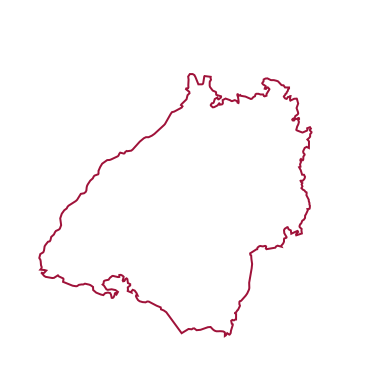 SVG path tracing the border of Baden-Württemberg, rotated 22°
{"feature_id": "DEU-1573", "entity_name": "Baden-Württemberg", "entity_type": "State", "adm_level": 1, "iso_a3": "DEU", "parent_name": "Germany", "parent_adm1": "", "projection": "mercator", "projection_center": [9.433, 48.664], "detail": "fine", "context": "isolated", "style": "outline", "palette": "rose", "viewbox_px": 384, "rotation_deg": 22, "n_neighbors": 0, "source": "natural_earth", "source_scale": "10m", "svg_char_len": 5950}
<svg xmlns="http://www.w3.org/2000/svg" viewBox="0 0 384 384"><g transform="rotate(22 192 192)"><path d="M235.3,326.8L213.2,313.1L210.2,312.4L207.2,312.4L206.2,310.7L201.8,310.7L193.0,309.8L191.5,310.3L190.3,311.7L187.4,312.6L184.3,312.9L182.4,312.4L180.1,310.7L179.0,309.5L179.0,308.7L180.4,308.4L178.4,306.5L175.8,304.9L173.7,304.9L173.0,307.1L173.6,307.9L169.5,307.9L169.1,306.3L168.2,304.5L169.7,301.8L169.2,300.6L166.7,300.4L164.7,297.0L163.7,296.6L163.0,297.4L162.6,299.9L161.6,300.6L160.9,300.0L160.4,296.2L158.9,295.6L157.0,295.5L155.7,296.2L156.4,298.0L155.3,298.6L150.1,299.4L149.5,299.8L148.1,302.2L147.5,304.6L144.7,306.5L143.9,307.3L143.8,308.2L144.3,310.1L143.8,311.3L145.5,311.8L149.1,314.3L150.5,314.3L153.9,312.3L157.8,311.6L160.8,312.4L160.4,315.2L159.9,314.9L159.7,314.0L158.7,314.4L158.5,315.1L158.9,316.5L158.7,319.0L158.2,319.9L157.2,320.2L155.4,317.6L154.1,316.4L151.8,316.7L149.4,318.3L148.4,320.8L145.9,321.2L140.9,321.2L137.1,319.9L135.8,317.1L132.8,316.4L131.4,316.4L127.1,317.1L125.8,318.5L124.4,319.0L122.0,320.4L120.7,322.3L119.9,322.8L116.4,323.6L106.1,323.6L105.5,320.9L105.0,320.4L100.0,320.1L98.9,319.5L96.2,323.3L94.7,324.1L88.1,325.5L86.4,325.2L82.3,323.1L84.4,323.1L85.2,322.3L86.3,319.4L84.5,319.6L80.5,320.8L81.0,319.2L80.8,318.0L79.4,316.4L77.6,312.8L76.6,311.4L75.4,310.7L75.1,310.2L74.6,306.4L76.7,303.6L76.7,301.7L75.7,297.6L76.0,295.9L77.1,292.1L78.6,291.0L78.8,289.7L78.3,286.4L79.9,283.1L80.0,280.7L80.4,279.1L82.5,276.9L83.2,275.5L83.1,271.8L79.7,265.8L79.4,260.9L80.4,256.8L82.0,254.2L82.1,252.5L82.6,251.0L87.6,244.0L88.4,242.3L89.6,235.4L92.4,233.6L93.4,231.8L93.5,230.2L92.6,227.1L92.4,225.7L92.5,224.1L93.4,219.6L94.9,216.6L95.1,214.3L95.5,213.3L98.4,210.7L98.4,209.9L97.4,207.4L97.5,203.3L98.1,199.4L101.4,194.2L103.7,193.1L104.9,192.0L109.8,186.7L110.2,185.8L110.3,183.5L110.7,182.4L114.4,181.9L114.9,181.5L115.2,179.7L116.1,178.4L116.8,178.4L120.2,176.4L121.1,174.8L124.7,164.9L127.2,160.2L128.8,158.4L131.2,157.5L133.7,154.8L135.4,152.2L141.1,140.2L141.5,139.0L143.0,127.6L143.5,125.5L145.4,124.1L150.8,117.6L151.1,116.1L149.2,115.5L149.4,114.5L152.2,108.1L151.6,103.9L152.7,101.4L151.9,100.1L147.9,98.9L147.9,98.1L149.5,97.2L149.5,96.4L148.5,94.2L146.7,89.0L145.2,86.4L145.8,83.5L148.4,82.4L150.4,82.7L152.2,84.2L157.6,89.8L161.0,88.4L161.6,87.6L161.6,86.7L160.1,80.3L160.2,79.8L166.2,78.2L166.6,79.5L167.5,80.7L167.5,81.7L167.1,82.7L167.5,84.2L168.6,86.9L169.5,88.0L173.2,90.2L176.6,90.3L177.2,91.0L177.7,92.3L178.2,92.8L183.1,92.4L183.4,93.0L183.3,93.9L182.0,96.1L181.5,96.2L180.1,95.0L178.3,97.3L178.6,100.9L178.2,101.7L177.1,102.4L176.8,104.4L177.3,104.9L179.6,105.7L180.8,105.0L183.2,102.2L184.0,99.6L184.4,99.7L184.5,100.4L185.0,100.7L187.0,99.5L187.4,98.5L187.2,97.7L186.0,95.3L188.1,92.8L192.6,92.6L194.5,92.9L195.3,92.6L197.1,90.9L197.7,90.8L199.7,90.9L200.8,92.1L201.7,92.1L201.6,91.2L200.9,89.8L199.2,86.9L197.6,85.0L197.6,84.3L198.0,84.2L199.5,85.2L200.4,84.0L201.3,84.5L205.8,83.5L211.7,83.7L212.5,83.2L213.4,80.9L214.5,79.7L214.3,77.7L214.8,76.9L216.6,76.1L219.1,75.9L221.4,74.9L222.8,76.1L223.5,76.1L225.0,74.8L224.4,73.3L225.3,67.8L225.1,67.5L223.0,66.6L222.5,67.0L221.9,68.8L220.7,69.0L220.6,68.3L220.9,67.0L220.6,66.2L217.5,65.6L216.4,64.9L216.4,64.1L216.9,62.8L216.3,60.8L217.6,59.3L219.4,58.4L223.2,58.7L226.1,57.6L228.9,57.2L230.4,57.2L234.6,59.2L235.5,59.3L236.9,58.8L239.1,60.2L242.8,58.7L243.2,59.7L242.7,60.8L242.9,62.7L242.5,64.0L242.6,65.3L242.0,65.9L242.0,67.0L241.4,68.7L241.4,69.2L243.1,70.3L244.7,70.3L245.0,70.0L245.4,68.0L246.4,67.4L247.0,66.4L247.4,66.2L247.8,68.3L248.5,70.0L249.0,70.4L251.8,67.3L254.1,66.2L254.4,66.4L257.3,70.2L257.5,75.0L260.5,78.4L261.1,79.6L260.8,80.7L259.4,82.8L259.4,84.9L258.0,86.5L257.8,87.3L258.5,87.9L259.7,87.6L260.4,85.7L261.6,85.1L263.0,83.5L263.6,83.5L264.0,84.4L263.5,85.5L264.9,87.0L265.2,89.6L265.0,91.9L265.4,95.3L266.3,95.6L272.0,95.5L272.6,95.1L275.6,92.0L275.6,90.7L274.9,89.8L277.1,87.7L278.5,88.7L278.0,90.2L278.2,90.7L280.4,91.7L280.5,92.4L279.9,94.1L280.8,96.5L280.2,98.4L279.3,100.1L281.5,101.2L283.9,107.4L281.4,107.2L280.0,108.9L279.8,112.3L280.0,113.1L280.8,114.1L282.2,114.8L282.5,115.3L282.0,117.4L283.0,120.3L282.9,121.0L282.2,121.4L280.7,120.6L280.4,121.2L280.6,122.1L281.8,123.3L281.8,125.8L283.1,127.9L282.0,128.9L284.6,131.0L287.6,134.7L289.4,134.1L291.1,135.6L291.3,136.8L291.2,138.1L290.4,140.1L290.0,140.6L288.8,140.6L288.5,141.0L289.7,142.0L291.0,142.4L290.8,143.9L292.3,145.4L292.0,147.4L294.0,148.3L295.6,148.4L297.1,149.3L298.3,149.4L298.7,150.0L299.3,152.1L303.1,155.4L303.7,156.7L305.0,158.2L305.5,159.5L306.5,160.6L307.2,162.8L307.2,163.6L305.4,164.6L306.2,165.5L306.0,170.1L305.7,171.4L306.5,173.7L306.1,175.7L305.0,177.3L305.0,180.3L304.4,181.4L304.4,182.6L304.5,183.5L305.1,184.3L307.5,185.2L307.9,186.7L309.4,189.3L304.9,193.1L304.5,192.7L304.4,191.9L304.9,190.7L304.9,189.8L305.4,189.3L305.0,188.8L304.3,188.6L299.7,193.5L298.0,190.6L295.6,190.4L293.9,188.8L293.5,188.9L291.8,191.3L291.6,192.9L293.0,195.6L296.6,198.4L296.6,199.1L294.9,200.6L295.1,201.6L295.9,203.6L295.8,205.7L294.9,208.3L295.0,208.8L295.5,209.2L291.5,209.7L290.4,210.9L290.1,212.4L282.5,217.1L281.6,216.7L281.3,215.0L280.6,214.5L279.9,214.6L278.1,215.9L275.4,216.5L274.4,217.5L273.6,219.0L273.9,220.6L273.3,220.9L268.9,227.1L269.6,228.4L270.6,228.6L272.2,231.9L274.7,236.2L275.9,240.4L279.0,254.7L281.1,259.5L281.4,261.0L281.2,265.4L280.6,268.0L278.3,274.5L277.3,275.3L277.1,276.1L277.9,278.2L279.0,279.4L279.1,279.9L278.8,284.1L278.4,284.6L278.0,286.8L277.2,287.9L277.3,288.3L278.6,288.6L280.6,293.7L279.9,294.0L279.0,295.3L277.3,295.5L276.6,296.8L278.3,299.3L279.2,299.3L279.6,299.9L280.1,306.0L280.7,308.3L280.4,309.9L280.0,310.3L277.5,309.7L277.1,312.2L276.4,313.2L275.2,310.1L274.6,309.7L273.1,309.6L271.1,310.2L266.7,312.0L264.8,312.1L262.9,311.6L259.8,310.2L257.4,311.4L251.5,316.6L248.0,318.4L245.2,317.6L244.0,318.2L243.2,319.4L240.1,320.3L235.3,326.8Z" fill="none" stroke="#9f1239" stroke-width="2"/></g></svg>